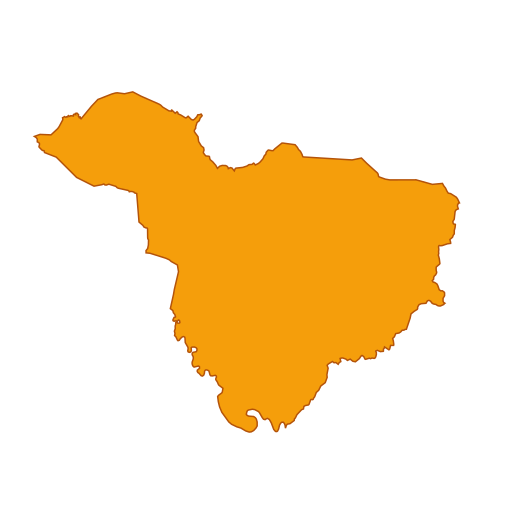 Ia Pa, Gia Lai, Vietnam, rotated 354°
{"feature_id": "81297802B8571934498047", "entity_name": "Ia Pa", "entity_type": "district", "adm_level": 2, "iso_a3": "VNM", "parent_name": "Vietnam", "parent_adm1": "Gia Lai", "projection": "natural_earth1", "projection_center": [108.51, 13.527], "detail": "fine", "context": "isolated", "style": "filled", "palette": "amber", "viewbox_px": 512, "rotation_deg": 354, "n_neighbors": 0, "source": "geoboundaries", "source_scale": "gbopen_adm2", "svg_char_len": 6089}
<svg xmlns="http://www.w3.org/2000/svg" viewBox="0 0 512 512"><g transform="rotate(354 256 256)"><path d="M267.3,430.3L268.5,427.6L269.6,426.5L272.3,426.3L276.8,423.6L277.2,422.0L278.2,421.2L280.1,418.1L285.3,413.6L287.2,413.1L287.9,410.6L289.4,409.9L292.6,409.6L293.2,409.1L295.4,404.6L296.0,404.4L297.2,404.8L297.8,404.6L298.5,403.3L299.6,402.2L301.7,398.0L304.3,396.1L306.8,392.1L311.6,389.2L314.1,384.1L314.1,381.5L316.0,375.1L315.3,372.1L316.7,370.9L321.0,368.9L322.4,370.3L324.3,370.3L326.4,372.3L327.7,370.6L329.3,369.9L328.9,366.7L330.6,366.4L331.6,366.5L334.6,367.9L336.0,369.4L338.9,368.4L341.3,370.8L343.8,371.6L348.0,368.9L349.8,366.7L351.0,366.0L351.5,366.2L352.9,367.8L353.5,369.8L354.2,370.2L358.0,369.5L359.2,370.1L360.7,369.6L362.9,370.2L363.6,370.0L364.5,368.9L365.4,366.6L365.6,364.6L365.1,363.3L365.3,362.9L366.8,362.5L369.7,364.1L372.6,364.1L372.8,363.9L373.0,361.9L373.9,361.1L374.3,359.9L378.4,363.2L379.2,362.5L380.5,359.0L383.5,359.3L383.8,358.2L383.7,354.7L383.3,352.3L385.2,350.8L386.8,347.8L390.3,347.5L392.0,346.6L393.6,345.1L395.4,345.2L396.5,344.6L397.9,344.6L402.8,333.9L404.1,329.8L407.6,327.5L410.7,326.0L411.2,325.3L411.5,323.5L413.1,321.4L415.4,320.7L420.1,320.8L421.8,318.5L423.0,318.2L423.6,318.3L425.0,319.3L425.9,321.1L426.7,321.5L427.1,322.1L430.1,323.1L431.2,324.2L432.7,324.8L434.2,325.0L437.8,323.8L438.0,323.1L438.9,322.7L437.7,321.7L437.3,320.6L437.6,317.7L439.4,315.2L439.7,312.4L439.5,311.7L437.8,310.1L436.1,309.9L434.7,308.7L433.7,304.4L433.0,302.7L430.8,300.9L429.5,300.5L428.7,299.0L430.2,297.7L430.5,295.8L431.3,294.5L432.7,293.5L433.8,291.8L434.0,290.9L433.7,289.2L433.9,286.6L434.2,285.7L437.7,283.3L438.1,282.7L438.0,277.8L437.4,274.1L438.0,272.7L438.0,270.9L438.5,268.5L438.5,265.9L438.9,265.0L439.3,264.7L440.7,265.1L442.3,265.1L447.6,263.9L450.9,263.8L451.0,262.6L450.5,259.9L453.4,257.9L454.3,256.0L455.5,254.7L455.9,251.3L456.9,248.7L457.6,245.6L457.5,245.3L455.9,244.8L455.6,244.4L455.3,242.4L457.0,240.1L458.7,232.4L460.0,230.9L462.1,230.3L461.6,227.6L461.8,226.2L462.9,224.7L463.9,224.5L462.5,220.5L461.4,218.5L456.1,214.3L453.8,213.6L452.7,211.5L451.6,208.3L450.1,205.9L449.0,203.3L438.9,203.2L423.2,197.0L397.0,194.3L392.7,193.1L386.7,190.2L386.2,189.6L386.0,187.4L385.5,186.2L375.8,175.4L371.1,169.6L361.6,170.5L313.8,162.5L312.9,162.1L312.4,159.8L311.1,156.5L309.4,154.5L308.5,152.3L306.5,149.4L295.0,146.6L293.6,146.4L285.9,151.4L284.0,153.0L282.8,152.9L279.6,151.9L278.9,152.1L277.0,153.9L276.4,155.8L274.8,157.1L273.1,160.0L270.0,162.9L268.1,164.2L264.8,165.4L263.8,163.7L263.2,163.4L261.7,164.5L258.6,164.4L256.3,165.6L252.0,166.5L245.2,166.5L244.5,166.9L243.3,169.1L241.3,166.0L239.7,165.4L237.6,166.2L237.5,165.1L236.7,163.8L235.4,162.9L231.9,162.4L229.3,162.9L226.8,164.8L225.5,161.7L222.8,157.8L220.6,155.5L220.2,154.3L220.1,152.4L219.7,151.9L216.7,151.3L215.9,150.4L214.5,148.0L214.5,147.2L215.4,145.2L215.2,142.8L213.1,140.8L210.9,136.1L210.8,131.3L208.0,126.5L207.7,125.5L207.9,124.4L209.4,122.6L209.5,121.2L211.3,117.1L213.7,115.5L214.8,113.1L216.9,111.1L217.1,110.6L216.0,108.6L216.0,109.5L212.8,109.5L211.7,111.3L209.0,113.6L207.6,114.2L206.0,113.5L203.1,109.9L201.0,111.3L200.2,111.2L195.9,107.9L193.4,106.5L193.3,105.3L192.5,104.3L190.6,105.6L187.5,102.0L187.2,102.2L187.0,103.1L184.5,102.5L178.7,98.1L177.0,96.0L175.6,94.9L158.3,85.0L150.6,79.9L142.2,80.9L135.1,79.2L133.2,79.2L129.6,79.8L115.1,83.8L108.0,89.9L96.4,101.3L96.0,101.0L95.8,99.4L95.5,99.4L95.2,100.2L94.6,99.9L94.7,99.0L94.0,98.6L94.3,96.9L92.9,95.2L91.5,95.3L91.4,96.5L90.6,95.9L89.5,96.1L89.1,96.6L89.3,97.3L89.1,97.7L86.4,97.1L85.4,97.7L84.1,96.7L83.7,97.0L83.4,97.9L82.2,97.7L81.5,98.2L80.0,97.3L79.0,98.1L78.1,98.2L78.1,100.3L73.7,106.8L72.1,108.6L64.8,114.1L53.9,112.5L48.1,113.9L49.8,115.3L50.7,116.8L50.4,119.6L51.8,120.5L52.4,121.5L52.2,123.0L51.6,124.3L51.7,125.1L53.7,127.7L54.6,128.7L56.2,129.1L56.5,131.0L67.7,136.8L85.8,159.1L102.2,169.6L110.1,169.0L111.9,168.5L112.4,168.6L113.1,169.5L114.5,169.8L117.2,169.2L123.9,172.1L125.0,173.5L126.1,174.2L135.6,177.4L136.3,177.8L136.7,178.9L138.2,178.7L139.7,179.0L141.3,179.7L141.7,180.5L143.9,181.4L143.2,210.0L146.8,213.8L147.5,215.4L149.3,216.5L150.5,216.7L151.0,217.6L150.2,226.1L150.2,227.5L150.8,228.8L150.1,233.9L149.0,237.3L147.2,239.1L147.0,241.4L150.9,242.2L166.1,248.8L169.5,250.8L171.1,252.6L176.9,256.7L177.3,263.5L171.3,280.7L169.9,285.7L165.3,299.4L167.6,301.6L167.9,303.8L169.1,305.6L169.6,307.9L169.5,308.3L168.1,308.5L166.8,310.6L166.7,311.6L167.7,312.3L169.8,312.1L171.1,312.6L172.1,311.5L172.6,311.6L173.3,312.6L173.3,314.3L172.7,314.7L171.4,314.7L170.2,313.6L169.3,313.8L169.0,315.6L168.3,317.2L168.1,319.8L167.0,322.2L167.3,324.7L166.7,326.6L167.9,328.1L169.0,331.3L169.6,332.1L170.9,331.8L172.1,330.3L174.3,328.7L175.4,328.5L176.5,329.1L176.8,330.1L176.6,334.7L178.8,339.7L178.8,341.0L178.2,343.3L178.6,344.4L180.0,344.9L181.2,344.5L181.8,343.4L182.0,340.4L182.9,339.9L185.3,340.1L186.8,340.9L187.5,341.9L187.5,343.5L186.6,344.9L183.1,345.3L182.3,346.4L182.2,347.6L183.0,349.5L183.0,350.5L182.8,351.9L181.4,354.9L181.2,356.6L181.6,358.6L182.8,360.0L187.3,359.4L188.2,360.1L188.1,361.8L185.7,363.4L185.5,364.7L186.1,365.9L187.1,366.7L188.9,369.3L190.1,369.8L191.4,369.2L192.4,367.4L192.8,365.2L193.7,364.2L194.5,364.0L196.1,364.6L197.2,365.5L197.8,369.4L198.5,370.4L200.1,370.7L203.0,370.4L204.0,371.2L204.0,372.4L203.3,373.4L203.1,374.8L204.4,377.3L205.2,379.9L205.6,380.6L209.3,384.1L208.2,387.9L207.6,388.6L204.2,390.6L203.2,391.7L203.3,397.0L204.0,402.2L205.7,407.9L211.6,418.2L214.1,420.8L219.1,423.9L222.9,425.5L227.5,428.9L229.9,430.0L230.9,430.4L232.9,430.4L235.5,429.3L237.9,427.2L239.4,425.1L239.8,421.2L239.3,418.3L238.5,416.8L236.9,415.4L231.7,414.4L230.1,413.1L229.8,412.4L230.7,409.8L231.4,408.9L232.3,408.4L236.4,408.0L238.8,408.7L242.2,411.0L243.0,412.1L245.3,417.3L246.4,419.1L247.9,419.7L249.4,418.9L250.5,418.7L252.2,420.0L253.8,423.7L255.5,430.3L257.0,432.5L258.3,432.8L259.1,432.4L260.3,430.6L261.8,426.5L263.3,424.6L264.3,424.0L265.8,424.2L266.7,425.5L267.2,427.4L267.3,430.3Z" fill="#f59e0b" stroke="#b45309" stroke-width="1.5"/></g></svg>